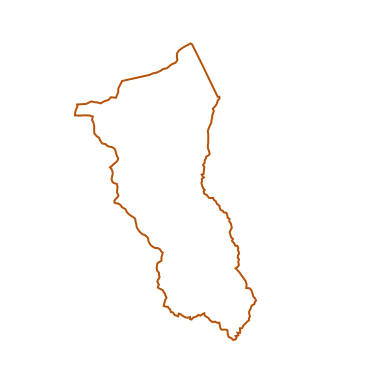 outline of Abadiânia, Goiás, Brazil, rotated 50°
{"feature_id": "56859067B3268447032130", "entity_name": "Abadiânia", "entity_type": "district", "adm_level": 2, "iso_a3": "BRA", "parent_name": "Brazil", "parent_adm1": "Goiás", "projection": "mercator", "projection_center": [-48.665, -16.168], "detail": "fine", "context": "isolated", "style": "outline", "palette": "amber", "viewbox_px": 384, "rotation_deg": 50, "n_neighbors": 0, "source": "geoboundaries", "source_scale": "gbopen_adm2", "svg_char_len": 3985}
<svg xmlns="http://www.w3.org/2000/svg" viewBox="0 0 384 384"><g transform="rotate(50 192 192)"><path d="M230.1,179.0L228.0,180.8L226.3,180.5L224.3,181.6L221.7,180.9L220.2,179.8L217.2,180.5L214.2,179.7L212.1,180.3L210.0,179.6L208.5,181.8L207.4,182.8L203.9,182.6L201.1,183.7L199.2,182.8L198.5,180.9L196.8,181.2L194.2,180.4L191.3,179.1L190.0,177.2L188.2,176.0L188.5,173.5L186.6,173.7L184.9,173.4L185.6,171.5L182.4,168.3L180.7,166.4L178.3,166.2L177.8,163.6L175.8,161.7L175.2,159.7L174.1,158.5L174.5,156.2L174.3,154.1L171.6,152.7L168.5,151.6L166.5,149.9L164.9,148.1L163.5,146.9L159.5,143.5L157.8,142.1L155.6,140.9L154.1,138.5L151.8,133.8L151.2,132.3L149.6,131.1L148.1,128.9L146.5,127.4L145.0,124.9L144.0,123.3L141.6,122.5L141.4,120.5L140.9,117.6L140.2,116.0L138.5,113.5L138.1,110.9L136.6,109.8L135.5,111.1L112.1,105.2L102.5,102.7L78.7,97.0L77.2,97.7L76.8,100.1L76.3,102.1L75.7,105.2L75.3,108.5L75.2,111.4L76.3,114.6L78.6,116.6L81.7,118.6L82.4,121.6L81.2,125.1L81.0,127.0L81.1,131.6L79.2,135.1L79.0,138.0L77.7,142.7L75.9,145.8L75.1,149.1L74.2,150.8L62.0,174.2L65.3,181.8L66.5,183.0L68.2,184.5L70.9,189.7L67.3,193.2L67.8,196.9L66.2,200.4L65.4,205.0L62.7,206.8L60.8,208.7L57.9,210.9L56.4,216.6L51.1,223.8L53.0,224.9L53.6,226.4L55.2,229.4L56.8,231.2L58.1,232.4L61.4,228.8L62.4,227.5L63.4,226.0L67.5,221.3L70.5,219.5L72.4,222.2L75.2,222.8L78.5,224.4L80.9,226.5L82.3,227.6L83.9,229.0L87.7,229.2L90.7,228.3L92.8,229.1L96.9,229.7L100.0,227.3L102.2,227.3L104.4,226.0L106.3,224.4L108.9,223.5L111.5,224.2L113.8,225.4L116.7,226.5L118.8,226.9L120.2,229.1L120.4,232.2L120.3,234.6L120.6,236.5L120.3,238.9L123.0,239.0L125.2,239.6L127.1,241.1L129.0,243.5L130.5,245.4L133.3,246.5L135.3,245.9L137.4,244.4L140.0,245.6L141.6,247.1L142.9,248.6L144.3,249.8L147.3,250.5L148.1,252.1L148.2,254.8L148.9,257.2L150.4,258.2L152.0,257.3L153.6,255.8L156.2,255.1L158.4,255.5L160.2,254.9L162.3,254.0L165.2,254.8L167.9,254.7L170.8,254.1L173.0,253.3L175.2,252.7L176.7,253.1L178.1,254.1L180.0,255.0L181.6,255.8L183.4,257.0L185.9,257.4L188.6,257.6L190.4,257.4L192.4,257.2L194.6,255.8L198.3,255.2L200.3,256.0L202.0,257.1L203.7,257.4L205.8,257.8L208.4,257.3L211.1,256.3L213.1,254.2L215.0,253.4L217.8,253.8L219.7,253.4L220.8,255.0L222.4,257.4L224.0,258.7L225.1,259.7L224.6,261.8L224.3,264.1L225.7,266.0L227.4,267.8L229.8,269.3L232.6,269.2L234.5,270.7L236.2,271.4L237.1,273.0L237.5,274.7L238.3,276.1L240.1,276.6L241.7,276.9L242.3,278.4L243.2,279.6L244.7,279.2L246.4,278.3L248.8,277.4L250.7,278.1L252.5,278.0L253.8,278.8L256.5,279.4L257.3,281.5L258.4,283.3L259.8,285.3L261.2,287.0L263.0,285.7L264.5,284.2L265.9,284.6L268.0,284.2L270.2,285.4L272.0,284.0L275.2,284.4L276.4,283.5L278.3,282.6L276.7,280.3L278.1,279.3L280.1,278.9L282.0,278.4L284.5,277.2L286.0,275.4L286.5,273.9L288.2,275.2L289.4,274.3L288.9,271.9L289.7,270.2L290.3,268.2L290.3,266.0L292.2,265.0L292.3,262.3L292.8,260.5L294.6,261.7L296.5,261.3L299.0,260.4L301.5,260.7L303.2,260.3L305.2,259.6L306.1,257.7L308.6,256.6L309.7,255.1L312.1,256.5L314.7,257.8L316.2,257.9L317.4,256.8L318.8,254.9L320.4,253.8L321.8,254.5L323.6,255.8L326.5,257.1L328.6,256.0L330.4,255.7L331.9,255.5L332.9,253.3L331.9,251.1L330.4,251.1L331.6,248.6L329.0,247.6L330.8,245.9L329.5,244.4L327.2,243.0L328.5,241.3L328.0,239.8L327.3,238.3L327.0,235.1L326.8,232.9L327.0,230.8L325.5,229.8L324.6,227.6L322.5,226.7L320.7,225.5L319.7,223.9L319.1,222.0L318.1,220.8L317.4,218.8L318.0,216.3L316.6,214.5L316.4,212.8L314.3,212.1L311.3,212.2L308.0,210.6L305.5,209.7L302.9,209.7L300.4,212.2L298.8,210.4L297.5,209.3L296.1,208.9L294.5,208.1L292.6,208.0L290.7,207.8L288.9,207.7L286.5,207.6L284.1,207.3L281.7,207.4L278.5,207.6L278.7,205.3L278.2,203.1L275.5,201.7L273.8,199.3L271.5,199.1L270.1,197.4L269.5,195.5L267.6,194.7L265.8,194.0L264.8,192.6L262.4,191.8L261.1,193.3L258.9,192.7L255.2,192.8L254.3,190.8L252.1,191.2L250.0,190.4L248.4,189.6L246.9,189.0L246.2,187.4L245.1,184.6L243.5,183.7L241.2,182.5L238.4,182.3L236.5,180.5L234.7,181.3L232.7,180.0L230.1,179.0Z" fill="none" stroke="#b45309" stroke-width="2"/></g></svg>